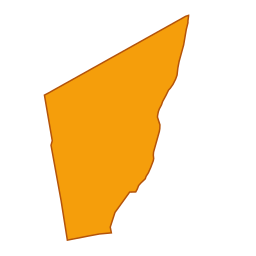 McCracken, Kentucky, United States of America (Natural Earth projection), rotated 80°
{"feature_id": "52423323B88387412607829", "entity_name": "McCracken", "entity_type": "district", "adm_level": 2, "iso_a3": "USA", "parent_name": "United States of America", "parent_adm1": "Kentucky", "projection": "natural_earth1", "projection_center": [-88.715, 37.085], "detail": "fine", "context": "isolated", "style": "filled", "palette": "amber", "viewbox_px": 256, "rotation_deg": 80, "n_neighbors": 0, "source": "geoboundaries", "source_scale": "gbopen_adm2", "svg_char_len": 748}
<svg xmlns="http://www.w3.org/2000/svg" viewBox="0 0 256 256"><g transform="rotate(80 128 128)"><path d="M27.6,48.8L28.0,51.8L56.1,132.5L77.2,193.1L79.8,200.5L81.1,204.6L127.4,204.8L131.6,206.8L188.1,206.5L227.9,207.2L227.5,185.6L227.4,174.5L228.4,162.6L222.5,162.7L208.9,155.5L191.4,137.5L192.3,131.5L189.8,129.5L186.5,127.5L184.4,124.9L181.0,119.8L178.9,118.7L175.6,115.7L171.0,112.6L164.6,108.8L162.5,108.0L159.2,107.8L156.1,107.0L137.0,97.8L134.2,96.8L130.4,96.0L122.5,97.1L121.1,96.8L117.2,95.3L114.6,93.8L111.0,91.0L107.9,89.3L102.4,84.9L97.7,81.5L96.1,79.4L92.8,76.1L88.1,72.6L84.4,70.5L77.6,68.5L71.3,66.1L55.9,58.8L41.1,53.5L34.8,50.7L33.0,50.4L29.8,49.4L28.2,48.9L27.6,48.8Z" fill="#f59e0b" stroke="#b45309" stroke-width="1.5"/></g></svg>